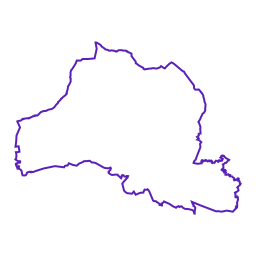 Holod, Bihor, Romania (Robinson projection)
{"feature_id": "2599482B12126878753034", "entity_name": "Holod", "entity_type": "district", "adm_level": 2, "iso_a3": "ROU", "parent_name": "Romania", "parent_adm1": "Bihor", "projection": "robinson", "projection_center": [22.119, 46.796], "detail": "fine", "context": "isolated", "style": "outline", "palette": "violet", "viewbox_px": 256, "rotation_deg": 0, "n_neighbors": 0, "source": "geoboundaries", "source_scale": "gbopen_adm2", "svg_char_len": 5873}
<svg xmlns="http://www.w3.org/2000/svg" viewBox="0 0 256 256"><path d="M30.9,172.3L31.2,171.7L32.7,172.0L33.7,171.9L34.8,171.3L43.6,168.5L54.6,166.2L55.6,166.2L64.1,167.3L64.8,166.0L66.4,165.5L67.6,165.5L68.9,163.3L73.1,165.0L76.7,165.7L79.1,163.6L82.8,162.1L84.1,161.1L85.5,161.1L85.8,161.2L89.8,160.8L91.8,162.5L93.8,162.5L95.8,163.1L103.4,167.4L104.6,167.9L106.4,168.2L108.3,168.3L110.5,167.6L110.9,168.4L110.3,170.1L109.6,170.6L109.0,171.3L109.0,171.9L108.5,172.1L108.8,173.1L110.5,174.3L112.0,175.0L115.3,174.6L117.7,174.7L118.3,175.8L119.5,176.6L120.8,178.1L121.1,178.3L121.8,176.7L121.7,175.9L122.0,175.3L122.3,175.1L123.2,175.2L123.7,175.5L124.2,176.3L124.9,176.7L125.8,176.7L126.7,176.0L128.0,176.1L127.8,177.0L127.5,177.5L124.1,181.3L122.3,183.6L124.0,190.4L124.5,191.2L125.5,192.1L127.2,193.2L132.0,193.7L133.8,191.6L135.7,194.7L140.2,192.8L143.3,192.6L143.3,192.2L143.9,191.2L144.4,189.8L144.6,189.6L146.5,189.8L147.0,189.7L147.6,189.3L148.8,190.7L149.4,191.7L153.0,200.4L153.7,201.0L156.1,201.3L156.6,202.0L157.7,202.5L159.2,203.7L159.7,204.3L159.6,205.0L160.6,205.1L161.0,204.9L161.5,205.4L162.0,205.4L162.0,205.0L161.3,204.0L161.3,203.8L161.5,203.5L162.6,203.1L163.0,202.6L163.9,202.1L164.1,201.5L169.4,203.9L173.3,206.5L175.9,207.6L176.0,207.7L176.7,207.0L178.5,206.1L179.2,206.9L179.7,207.0L180.7,206.3L181.6,206.3L181.9,206.7L183.3,208.0L185.2,208.9L188.6,209.1L192.2,210.0L193.3,210.7L193.7,211.3L194.3,213.6L194.7,213.6L194.6,212.5L195.3,207.8L195.0,207.2L193.9,206.1L193.5,205.9L193.8,205.5L193.6,204.9L192.7,204.0L191.9,201.8L199.5,205.0L216.3,211.4L218.2,211.1L219.9,211.5L222.2,211.6L226.6,210.6L232.9,211.7L233.9,210.5L235.0,209.5L235.8,208.0L236.0,207.1L236.6,207.9L237.2,207.2L237.1,205.1L237.3,204.2L236.9,203.0L237.9,200.1L237.9,197.4L237.2,196.4L236.3,196.5L236.2,197.3L235.5,197.2L235.4,193.7L234.9,192.7L235.6,192.2L236.2,192.2L238.5,190.5L238.2,188.8L237.7,187.7L237.3,187.4L240.2,184.7L240.1,184.3L240.6,183.7L239.7,182.9L239.7,181.7L239.0,180.6L238.6,180.2L238.0,180.7L237.7,180.6L237.7,180.3L238.3,179.3L238.8,178.8L238.7,178.6L238.0,178.3L236.0,179.8L235.1,180.2L234.3,180.3L233.9,179.8L234.4,178.8L234.1,178.1L233.0,177.5L232.0,176.4L229.7,176.3L229.6,175.5L230.0,175.0L229.8,174.9L228.9,175.1L228.4,174.3L228.1,174.2L226.8,174.9L225.4,174.7L225.5,173.7L226.0,172.4L225.6,172.3L224.7,172.6L224.2,172.6L223.7,171.7L225.6,170.4L225.3,170.0L224.4,169.7L222.9,170.3L222.3,170.4L221.6,169.9L221.9,169.3L222.9,168.6L223.4,167.6L223.3,165.1L222.9,164.4L224.2,163.7L225.2,162.8L226.3,162.8L228.0,160.5L228.9,160.3L229.2,159.9L226.2,158.3L224.2,156.6L224.1,156.0L223.7,155.8L223.1,156.1L222.9,155.6L222.0,155.6L221.3,156.0L221.3,156.6L220.4,157.6L222.8,159.0L222.1,160.5L221.6,160.3L221.2,160.8L220.6,161.0L220.2,160.9L220.0,160.5L219.7,160.2L219.1,160.2L218.9,160.6L218.9,161.0L218.3,161.9L218.0,161.8L217.2,160.9L215.9,160.7L215.7,161.1L214.9,161.8L214.8,162.5L214.6,162.8L213.1,162.7L212.4,163.1L212.0,162.9L212.1,162.3L211.9,161.7L212.0,161.3L211.4,160.6L211.0,160.7L210.5,161.4L210.2,161.5L209.9,161.2L209.8,160.6L209.2,160.4L209.0,160.8L207.8,161.5L207.1,161.0L206.6,160.3L206.0,160.1L205.7,160.9L205.2,160.9L204.7,160.4L203.4,161.3L203.4,161.0L202.9,160.4L202.1,160.1L201.6,160.5L201.6,161.3L201.4,161.8L201.3,162.2L201.6,162.8L201.6,163.3L197.7,163.8L193.6,163.0L193.8,162.1L194.4,160.9L195.7,159.6L197.0,155.9L199.8,148.8L200.3,147.4L200.4,146.2L200.0,144.1L200.2,143.6L201.3,142.1L198.8,140.0L197.3,139.6L198.7,138.3L197.0,136.9L198.8,135.6L198.7,133.8L200.6,133.5L200.2,128.5L200.4,128.3L200.4,126.6L198.8,122.3L198.4,121.9L200.3,119.0L200.8,117.4L202.2,114.8L202.4,114.0L202.7,113.6L204.2,112.6L204.3,112.1L205.0,111.0L205.3,110.0L205.3,109.4L205.1,109.0L205.5,106.1L205.5,104.6L205.3,103.4L204.6,102.1L204.1,99.1L203.4,96.9L203.1,95.1L202.0,93.3L201.2,92.1L200.9,91.9L200.8,92.0L199.6,90.3L198.6,89.4L197.8,89.6L196.0,89.7L195.1,89.5L194.4,88.7L194.1,88.1L193.9,85.4L185.0,73.5L184.1,71.7L183.4,71.5L182.3,70.8L174.2,64.0L172.9,63.1L171.5,62.4L169.7,63.5L166.5,66.5L164.8,68.4L163.8,68.0L161.0,66.1L159.9,67.4L157.0,68.5L155.5,68.5L153.3,68.1L151.4,68.4L151.0,68.6L149.3,68.6L144.5,69.4L143.5,68.8L143.5,68.3L143.2,67.8L138.6,65.3L137.4,64.2L135.8,63.3L135.8,62.1L135.5,61.4L131.5,56.1L131.6,55.5L131.4,54.0L131.5,53.7L129.2,52.5L128.7,52.4L127.0,51.6L127.2,51.3L126.2,50.7L122.6,50.5L121.9,50.2L118.9,50.2L117.5,50.9L117.0,51.4L116.2,51.6L116.1,51.3L114.5,50.8L113.9,50.8L112.0,50.4L111.1,50.4L110.5,50.7L109.0,50.7L107.9,49.9L105.3,49.4L104.6,48.6L101.4,46.3L101.3,45.8L101.0,45.4L99.6,44.3L98.1,43.5L97.1,42.8L95.8,42.4L95.5,42.5L96.7,48.7L94.6,58.4L87.9,59.0L82.5,59.0L81.0,60.4L80.4,60.6L76.8,60.5L75.9,62.9L74.9,64.8L71.9,69.5L71.2,70.2L70.9,70.8L70.5,72.6L70.6,74.4L70.5,76.2L70.1,76.9L70.5,78.2L70.8,78.6L70.5,79.6L70.7,81.5L69.0,85.1L68.1,86.2L67.6,89.5L66.7,92.4L66.9,92.8L66.4,93.3L66.6,93.7L66.6,94.0L65.4,95.2L62.9,97.2L62.2,98.0L61.0,98.7L61.0,99.2L58.7,101.7L58.1,102.0L58.1,102.8L56.2,104.7L54.3,107.3L52.0,108.9L48.1,109.8L46.1,110.9L43.7,111.0L40.7,112.2L37.6,115.4L36.7,115.6L36.0,115.3L34.9,115.5L35.0,115.7L34.9,115.9L34.5,115.7L34.0,116.1L33.2,116.4L32.7,116.3L31.9,116.9L30.2,117.6L29.8,118.0L29.4,117.9L28.8,118.0L28.6,118.4L28.0,118.2L24.6,118.6L23.3,119.2L22.9,118.8L21.9,119.5L21.3,120.3L20.3,120.7L17.3,121.3L17.3,121.6L17.7,121.9L17.8,122.5L20.0,127.4L16.5,135.6L16.2,141.5L15.5,146.7L18.6,146.3L19.5,151.7L17.7,152.1L15.9,152.2L16.3,153.8L16.4,156.5L16.1,158.2L15.4,159.4L16.6,160.3L18.6,161.4L19.8,161.1L20.2,161.3L20.2,162.0L19.8,162.7L18.9,162.3L17.3,163.1L17.4,163.3L17.3,163.7L15.9,163.8L15.9,164.6L16.7,166.6L18.3,166.1L19.1,166.4L19.0,167.0L18.8,167.3L17.8,168.1L17.4,168.2L17.5,168.7L18.6,168.7L19.3,168.9L20.6,169.7L21.0,170.1L21.6,171.0L22.1,173.8L22.6,175.3L24.4,175.5L25.7,175.2L26.8,173.7L26.9,172.8L28.6,171.9L29.6,171.8L30.9,172.3Z" fill="none" stroke="#5b21b6" stroke-width="2"/></svg>